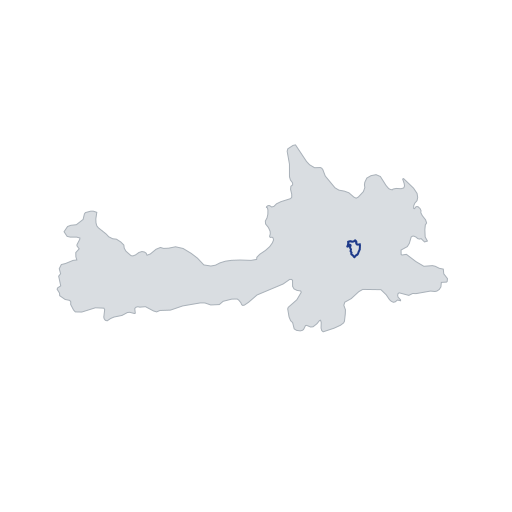 location of Park Ou, Louangphrabang, Laos, rotated 123°
{"feature_id": "54806243B64130062108645", "entity_name": "Park Ou", "entity_type": "district", "adm_level": 2, "iso_a3": "LAO", "parent_name": "Laos", "parent_adm1": "Louangphrabang", "projection": "mercator", "projection_center": [102.32, 20.145], "detail": "fine", "context": "in_parent", "style": "outline", "palette": "blue", "viewbox_px": 512, "rotation_deg": 123, "n_neighbors": 0, "source": "geoboundaries", "source_scale": "gbopen_adm2", "svg_char_len": 6239}
<svg xmlns="http://www.w3.org/2000/svg" viewBox="0 0 512 512"><g transform="rotate(123 256 256)"><path d="M188.3,86.6L190.4,90.6L200.4,101.3L202.1,104.2L205.8,106.4L208.9,115.9L210.2,116.4L211.8,115.8L213.1,114.5L214.1,110.8L214.8,110.4L215.9,113.4L218.7,114.3L220.0,115.6L220.3,117.9L219.9,120.3L217.6,125.7L216.2,132.9L225.9,148.3L230.0,150.4L239.8,152.9L246.4,156.4L249.5,155.5L252.4,151.7L255.9,149.6L262.5,146.3L264.4,146.1L268.0,147.4L274.0,151.2L283.0,158.4L282.7,160.3L281.0,162.2L276.2,165.1L274.7,166.9L275.6,167.6L279.6,168.0L284.3,169.6L285.8,171.5L286.6,175.8L287.4,176.6L291.8,176.1L293.2,176.7L294.7,178.1L296.3,181.6L296.3,184.3L291.9,189.0L291.4,191.7L289.1,195.1L283.1,200.6L281.5,201.0L270.5,197.9L261.7,198.3L261.0,199.5L262.5,202.9L262.9,206.2L261.5,208.8L256.5,212.1L256.3,213.5L257.3,215.0L264.7,218.0L288.1,233.9L298.8,237.0L303.5,239.0L304.7,240.2L304.6,241.5L303.4,243.3L302.4,246.4L302.3,248.3L303.5,250.1L305.3,252.8L311.9,258.9L316.7,260.3L321.7,267.3L323.2,273.3L325.7,277.2L337.8,290.3L348.0,298.3L354.0,306.9L357.0,308.9L357.9,312.0L358.7,321.1L362.2,325.6L362.9,327.5L364.4,328.8L366.1,329.1L369.7,326.1L370.4,326.5L372.0,331.3L373.5,333.1L378.8,336.0L384.5,341.8L387.6,343.9L391.4,345.5L392.0,347.3L391.3,349.2L390.1,350.4L383.4,353.7L382.6,355.2L386.9,362.5L397.9,371.6L401.3,377.1L400.6,379.7L397.6,385.0L395.3,386.4L394.7,388.1L396.4,392.4L396.2,399.0L394.1,400.6L392.2,404.7L390.8,405.0L387.4,403.5L380.4,410.5L377.3,410.2L373.8,414.1L369.2,414.6L366.1,411.7L359.3,407.0L356.9,404.1L354.8,406.6L351.3,409.0L346.3,408.2L345.0,411.7L344.0,412.3L337.9,412.9L336.8,413.5L337.8,416.6L341.3,422.0L342.4,425.1L340.2,430.2L333.9,430.1L331.1,428.0L327.6,423.7L319.5,420.9L314.2,422.8L312.5,422.7L308.5,419.1L307.0,416.8L306.1,413.3L312.2,410.5L315.3,408.3L317.4,406.0L318.2,403.6L319.2,393.5L320.1,390.0L319.6,385.6L317.9,382.2L317.9,377.0L318.8,372.8L321.2,370.8L322.8,367.7L323.8,361.0L323.0,359.3L320.7,357.6L316.8,356.1L314.4,354.1L313.4,351.7L313.5,349.6L314.7,347.8L311.8,345.7L304.8,343.5L300.9,340.8L300.0,337.7L297.1,333.6L292.1,328.5L289.4,321.2L289.1,311.7L289.7,303.9L291.9,294.9L289.0,288.4L285.8,285.0L281.3,282.4L277.0,278.8L272.9,274.1L268.0,267.1L262.4,257.8L258.5,253.6L256.6,254.6L252.5,253.8L246.2,251.1L240.7,249.6L236.1,249.4L233.0,250.0L231.6,251.4L231.5,252.8L232.7,254.2L232.1,255.3L229.6,256.1L227.6,257.6L225.4,261.0L223.9,265.4L221.6,267.2L218.0,267.5L214.5,268.8L211.0,271.0L209.4,272.6L209.6,273.7L208.8,274.0L207.1,273.3L206.3,271.9L206.4,269.6L204.7,268.0L201.0,267.2L196.9,264.7L189.1,258.3L187.3,258.0L184.7,259.7L181.3,263.3L178.5,264.7L176.4,264.0L174.7,265.2L173.5,268.5L171.3,271.1L160.7,278.0L151.2,286.9L148.8,287.7L143.1,285.2L141.3,283.4L149.2,265.2L150.3,260.8L150.1,255.0L146.7,250.1L146.6,248.7L147.1,247.1L151.2,241.5L155.8,226.9L155.6,222.3L153.5,217.3L152.4,212.5L153.3,206.1L153.0,203.5L150.8,202.3L143.5,201.0L139.3,202.0L137.3,203.8L134.9,204.9L130.3,205.5L126.0,203.3L122.4,199.6L121.6,195.0L126.1,185.2L127.2,181.4L127.0,179.6L126.3,177.7L125.2,177.5L122.9,175.1L120.6,171.0L118.5,169.2L116.5,169.5L114.6,171.1L111.6,174.9L110.7,174.4L113.3,160.8L115.8,155.0L118.8,152.3L121.9,151.1L125.2,151.6L128.0,151.1L130.2,149.7L130.0,148.8L127.4,148.6L126.4,147.1L126.9,144.2L128.1,142.3L129.9,141.4L131.6,138.5L133.3,133.5L135.4,130.9L137.8,130.9L142.0,128.7L147.9,124.5L150.1,120.4L152.4,122.3L151.5,127.0L152.7,128.0L153.3,129.7L153.0,132.3L153.4,134.6L154.3,135.7L155.6,136.2L161.9,134.3L165.7,134.2L172.0,137.6L175.7,135.1L175.7,134.1L172.7,130.8L173.6,118.8L173.2,109.6L168.0,102.8L167.0,100.1L166.5,95.6L165.0,91.8L168.7,88.8L170.7,83.1L173.3,81.8L174.1,82.0L177.2,86.2L181.2,84.1L184.3,84.1L186.9,85.2L188.3,86.6Z" fill="#d9dde1" stroke="#a8b0b8" stroke-width="1"/><path d="M192.6,185.3L192.8,185.4L192.9,185.6L193.0,185.8L193.4,186.1L193.6,186.3L193.9,186.5L194.1,186.4L194.3,186.2L194.5,186.0L194.7,185.8L194.8,185.6L195.0,185.5L195.3,185.4L195.6,185.4L195.8,185.2L196.0,185.2L196.3,185.1L196.5,185.0L196.6,184.9L196.8,184.8L197.0,184.8L197.2,184.7L197.4,184.7L197.5,184.7L197.9,184.7L198.1,184.7L198.3,184.6L198.3,184.4L198.2,184.3L198.1,184.2L197.9,184.0L197.7,184.0L197.6,183.9L197.3,183.8L197.0,183.8L196.7,183.8L196.2,183.7L195.9,183.7L195.6,183.7L195.4,183.5L195.4,183.3L195.3,182.9L195.6,182.4L195.9,182.3L196.2,182.2L196.4,182.2L196.7,182.2L197.1,182.0L197.3,181.9L197.5,181.8L197.7,181.7L197.8,181.5L198.0,181.3L198.2,181.0L198.3,180.7L198.5,180.3L198.6,180.1L198.8,179.9L199.0,179.8L199.4,179.7L199.8,179.5L200.0,179.5L200.3,179.4L200.6,179.2L200.7,178.9L200.7,178.6L200.8,178.4L201.0,177.9L201.1,177.7L201.4,177.6L201.5,177.6L201.9,177.5L202.1,177.4L202.3,177.3L202.5,177.1L202.6,176.9L202.6,176.7L202.7,176.4L202.6,175.8L202.7,175.6L202.7,175.4L202.7,175.2L202.8,175.0L202.8,174.8L202.8,174.6L203.0,174.4L203.1,174.1L203.2,173.7L203.3,173.5L203.3,173.4L203.4,173.2L203.4,172.8L203.1,172.7L202.9,172.7L202.5,172.7L202.4,172.7L202.1,172.7L201.9,172.6L201.7,172.6L201.4,172.5L201.1,172.4L200.8,172.4L200.7,172.3L200.4,172.3L200.3,172.2L200.2,172.2L200.1,171.9L199.8,171.7L199.5,171.7L199.3,171.7L198.9,171.7L198.5,171.7L198.4,171.7L198.2,171.8L197.8,171.9L197.3,172.0L197.1,172.1L196.6,172.2L196.4,172.2L196.2,172.3L195.9,172.3L195.5,172.3L195.3,172.3L194.9,172.5L194.7,172.5L194.2,172.5L193.8,172.6L193.7,172.7L193.6,172.8L193.4,173.0L193.1,173.1L192.8,173.2L192.6,173.3L192.3,173.5L192.2,173.6L191.9,173.8L191.6,174.0L191.3,174.1L191.1,174.2L191.0,174.3L190.8,174.4L190.6,174.5L189.7,175.3L189.8,175.4L189.8,175.5L190.6,176.3L190.9,176.7L191.0,176.8L191.0,177.0L191.2,177.3L191.3,177.5L191.1,177.9L191.1,178.1L191.1,178.3L191.0,178.6L190.8,178.8L190.7,178.9L190.6,179.0L190.3,179.1L190.1,179.1L189.9,179.2L189.8,179.3L189.7,179.4L189.7,179.7L189.7,179.8L189.3,179.9L189.3,180.0L189.2,180.2L189.2,180.4L189.0,180.6L188.9,180.7L188.9,180.8L188.9,181.1L188.9,181.3L189.0,181.3L189.3,181.5L189.5,181.5L189.8,181.5L190.1,181.7L190.2,181.8L190.3,181.9L190.4,182.0L190.5,182.0L190.8,182.2L190.8,182.3L191.0,182.5L191.4,182.8L191.5,182.9L191.6,183.1L191.7,183.3L191.8,183.4L191.8,183.6L191.8,183.9L191.8,184.0L191.9,184.3L192.0,184.5L192.1,184.8L192.2,185.0L192.3,185.0L192.5,185.0L192.6,185.3Z" fill="none" stroke="#1e3a8a" stroke-width="2"/></g></svg>